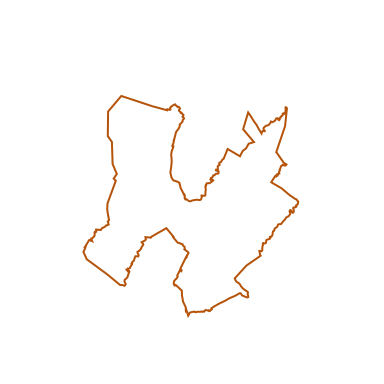 outline of Temixco, Morelos, Mexico, rotated 58°
{"feature_id": "50627088B89328019749964", "entity_name": "Temixco", "entity_type": "district", "adm_level": 2, "iso_a3": "MEX", "parent_name": "Mexico", "parent_adm1": "Morelos", "projection": "orthographic", "projection_center": [-99.256, 18.848], "detail": "fine", "context": "isolated", "style": "outline", "palette": "amber", "viewbox_px": 384, "rotation_deg": 58, "n_neighbors": 0, "source": "geoboundaries", "source_scale": "gbopen_adm2", "svg_char_len": 6078}
<svg xmlns="http://www.w3.org/2000/svg" viewBox="0 0 384 384"><g transform="rotate(58 192 192)"><path d="M112.7,158.1L112.1,159.3L110.8,159.4L110.4,159.7L108.7,159.9L108.4,162.6L108.7,163.7L108.5,164.5L108.8,165.5L108.9,165.8L110.5,166.5L110.5,167.2L110.6,167.3L110.4,167.6L109.1,168.5L108.7,169.1L109.5,169.8L99.9,178.6L99.3,179.3L73.1,201.1L79.3,220.5L100.0,233.8L107.1,233.4L126.2,244.5L136.9,246.2L139.1,251.3L142.1,250.7L156.9,269.7L161.5,272.9L164.9,274.5L171.8,277.2L172.4,279.1L174.0,279.4L174.4,279.6L174.7,280.0L175.4,280.0L175.3,281.5L174.8,282.5L175.3,284.1L175.0,287.7L175.9,289.6L173.0,293.2L173.1,293.4L174.1,293.6L175.0,294.3L175.0,294.5L174.3,295.5L174.5,295.8L174.6,295.7L176.9,297.4L177.3,298.0L177.6,298.1L177.7,298.3L178.5,301.5L178.1,302.1L178.3,302.2L180.8,302.7L179.7,303.4L178.6,304.5L178.4,304.3L177.6,304.0L178.0,304.2L181.6,311.3L181.7,310.8L183.6,313.1L185.2,315.8L193.3,316.9L217.0,307.5L232.9,302.2L233.9,300.4L234.7,299.7L235.7,299.1L235.7,298.2L234.9,297.0L232.0,296.7L230.8,295.6L230.6,293.7L230.2,292.3L229.7,291.5L227.1,288.4L226.5,287.3L226.0,287.2L225.7,288.3L223.3,288.6L223.4,288.4L223.8,288.2L224.1,287.7L223.7,287.8L223.3,287.6L222.9,287.1L223.4,286.7L223.5,284.9L223.3,284.8L222.0,282.3L221.8,281.7L221.3,280.9L220.7,281.2L219.7,279.6L219.5,277.7L217.4,275.4L216.5,274.0L218.1,271.7L217.6,270.9L216.2,270.5L214.7,270.4L213.8,269.9L213.9,267.6L213.3,265.7L212.2,264.2L210.9,261.3L210.2,260.9L207.9,261.3L208.2,257.6L207.8,256.3L205.6,255.4L208.9,251.1L208.4,250.3L209.1,232.9L220.2,231.4L220.2,231.9L220.8,231.9L227.3,231.0L229.5,229.0L230.1,228.8L231.3,227.7L232.3,228.0L234.8,227.4L235.7,228.1L236.7,228.3L236.9,228.4L236.9,228.7L240.8,227.2L241.8,227.2L243.4,229.9L243.2,230.0L243.8,231.1L244.4,232.1L244.7,231.8L245.2,233.4L250.8,242.4L253.1,242.4L253.4,243.2L251.7,243.3L255.0,248.8L256.2,249.0L257.3,251.1L257.2,251.9L257.4,252.4L258.0,254.2L258.7,255.1L259.3,255.4L259.8,255.9L260.5,256.2L261.8,256.4L262.2,256.2L262.3,255.9L262.2,255.1L270.1,252.9L273.1,254.5L274.8,255.6L275.7,255.8L280.3,257.7L285.7,258.3L287.7,258.8L288.3,259.0L288.2,259.4L289.4,259.8L289.3,260.1L290.2,260.5L290.5,259.6L294.9,260.8L294.3,259.5L293.4,258.4L293.2,257.8L293.2,257.3L294.1,254.8L294.8,253.2L295.2,253.2L295.5,253.0L296.2,252.2L296.3,251.1L296.8,250.2L297.5,249.3L298.5,247.2L298.9,247.0L299.0,246.4L299.3,246.2L299.3,245.5L299.9,245.1L299.5,244.2L299.3,242.8L300.7,241.7L301.2,241.1L301.2,240.5L302.1,240.6L302.4,239.8L302.0,238.3L301.9,237.3L300.9,237.2L300.8,233.4L301.1,227.0L301.5,224.7L301.8,221.3L301.9,217.1L302.9,210.2L303.1,205.2L303.7,204.4L306.3,204.3L310.6,201.2L310.9,200.0L310.1,199.5L308.0,198.9L306.9,197.8L306.4,197.7L305.6,197.9L303.0,199.1L301.0,199.9L298.0,200.4L295.3,200.3L293.9,200.7L291.7,201.8L290.1,201.9L287.9,201.5L283.6,186.2L283.2,184.3L282.4,167.6L281.4,167.6L277.7,166.1L278.1,165.4L278.6,165.0L279.0,164.5L278.9,163.5L276.0,161.5L274.7,160.1L273.1,159.2L273.0,158.8L273.1,158.5L274.0,157.9L274.2,157.5L274.4,157.0L274.1,156.0L272.8,155.1L272.2,154.3L272.2,153.9L272.9,150.6L272.7,150.3L272.5,150.1L271.4,149.9L271.3,149.5L271.9,148.4L271.4,147.0L271.0,146.5L268.3,144.2L268.4,143.1L268.3,142.8L267.8,142.2L267.0,141.6L266.8,141.3L266.6,138.0L265.3,136.5L265.2,135.7L266.4,133.5L265.4,131.0L264.5,127.4L263.8,126.4L263.5,125.4L263.7,124.2L263.6,123.9L263.7,123.0L263.3,121.7L262.4,120.0L260.0,119.5L259.4,118.4L259.6,118.0L259.9,117.8L262.3,117.8L263.0,117.5L263.1,117.0L262.8,116.3L262.2,115.8L260.3,115.0L259.5,114.9L259.2,114.6L259.0,114.3L259.8,112.0L259.7,111.2L258.6,111.0L258.5,110.7L258.4,108.8L256.4,107.0L255.4,107.2L253.6,107.3L252.9,108.0L246.8,110.7L236.1,114.2L227.8,118.6L225.7,119.6L223.3,114.6L222.5,112.6L223.5,112.3L223.4,111.6L222.4,110.7L223.1,110.3L222.2,109.5L222.6,108.2L221.1,107.6L220.6,106.8L220.5,106.2L219.8,106.1L219.5,105.9L218.9,104.7L217.3,102.9L217.3,101.2L217.0,100.8L218.3,99.8L219.0,98.9L219.1,98.3L218.7,97.3L216.0,98.7L203.7,99.3L202.9,99.5L185.5,78.2L171.4,67.2L170.7,67.1L170.2,67.2L169.8,67.7L170.4,68.3L171.7,68.9L173.2,70.0L174.5,71.6L174.6,72.3L174.0,72.5L173.6,72.9L173.8,73.8L174.4,74.0L175.1,74.6L175.0,75.6L175.2,76.9L175.9,77.3L175.7,78.1L176.0,78.9L177.0,79.2L177.2,80.1L176.2,80.5L174.7,80.4L174.3,81.8L174.9,82.8L175.5,83.5L175.5,85.8L175.3,87.0L174.1,87.6L175.1,89.2L175.7,91.0L175.6,92.8L175.0,94.3L175.4,96.6L175.7,97.5L176.8,98.1L178.8,97.9L178.8,98.5L178.1,99.1L177.8,100.1L178.2,100.9L179.2,102.0L173.8,102.0L169.8,101.7L165.0,102.0L158.3,102.0L154.3,102.2L165.9,115.4L182.5,113.0L181.1,118.4L183.7,123.1L184.0,127.1L187.1,132.4L174.4,139.0L180.5,147.4L180.7,149.1L182.0,151.8L181.6,153.2L182.5,154.0L183.5,154.1L183.7,154.8L183.6,155.9L183.8,156.5L186.7,158.2L185.8,159.7L186.4,160.2L188.5,158.5L190.1,159.5L190.2,160.2L189.2,161.9L189.6,163.6L189.6,164.2L189.1,165.0L190.1,166.3L190.3,167.4L190.2,168.6L191.0,169.7L191.6,169.8L192.0,168.3L193.4,167.9L193.8,169.9L193.8,172.5L192.6,174.5L192.5,175.1L193.9,176.6L193.6,176.8L194.0,177.3L195.0,178.1L197.1,178.9L199.6,181.0L201.4,182.0L201.8,182.4L202.0,183.0L201.3,184.2L200.5,185.1L200.0,185.8L200.1,186.0L200.3,186.0L200.9,185.7L202.6,187.7L203.1,188.4L203.0,189.7L201.0,192.1L199.3,196.3L199.2,197.6L198.9,198.6L198.2,199.3L194.8,200.8L194.8,201.5L193.9,201.6L193.4,201.3L192.2,201.3L192.8,201.0L191.4,200.1L190.8,199.9L189.2,199.8L188.7,200.0L188.8,200.1L187.1,199.9L183.5,199.6L182.0,199.4L179.0,198.2L178.4,198.3L177.6,197.8L176.6,198.4L175.8,198.6L175.3,199.2L174.1,200.0L172.2,201.7L168.8,201.7L164.1,200.1L159.0,195.8L156.4,193.8L154.3,192.4L149.2,189.8L148.1,188.9L146.2,187.1L145.5,185.9L144.9,185.2L143.9,184.4L144.0,184.1L143.5,183.6L142.8,184.2L142.6,185.1L142.4,184.2L141.6,183.0L139.9,181.0L138.9,180.1L138.5,180.2L137.6,178.7L137.3,178.6L132.6,173.6L131.3,170.0L130.1,168.1L129.0,166.9L128.5,166.8L128.5,166.7L128.1,166.2L128.0,165.1L127.6,164.0L127.4,162.9L126.1,161.8L125.9,161.3L125.6,160.1L125.2,159.8L124.6,159.6L123.2,160.2L122.2,158.4L120.6,158.8L119.4,159.4L119.3,159.0L116.6,160.0L115.6,159.6L114.8,157.9L112.7,158.1Z" fill="none" stroke="#b45309" stroke-width="2"/></g></svg>